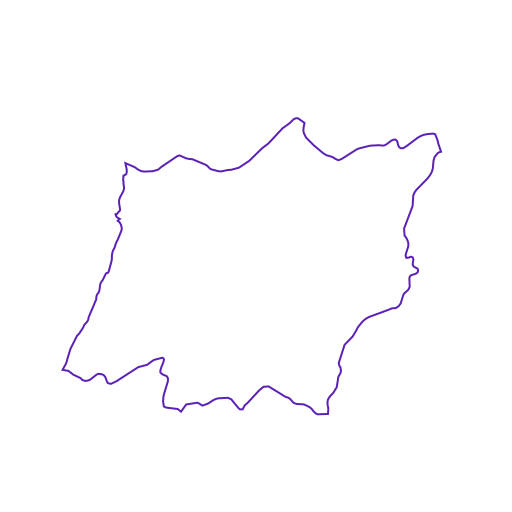 map outline of Huíla (Equal Earth projection), rotated 202°
{"feature_id": "AGO-1891", "entity_name": "Huíla", "entity_type": "Province", "adm_level": 1, "iso_a3": "AGO", "parent_name": "Angola", "parent_adm1": "", "projection": "equal_earth", "projection_center": [15.141, -14.853], "detail": "fine", "context": "isolated", "style": "outline", "palette": "violet", "viewbox_px": 512, "rotation_deg": 202, "n_neighbors": 0, "source": "natural_earth", "source_scale": "10m", "svg_char_len": 3887}
<svg xmlns="http://www.w3.org/2000/svg" viewBox="0 0 512 512"><g transform="rotate(202 256 256)"><path d="M392.7,78.0L391.9,84.6L391.9,87.0L392.3,89.6L393.2,99.9L393.2,101.1L392.1,114.4L392.0,115.1L390.9,117.8L390.7,118.5L390.4,120.4L390.1,121.5L389.5,124.8L389.5,126.9L389.3,128.0L389.1,128.8L388.3,130.7L387.9,132.1L387.8,133.0L387.7,133.9L387.8,134.6L388.1,135.9L388.2,136.4L387.9,156.0L388.8,158.7L388.9,159.5L388.9,161.0L388.7,161.8L388.2,163.0L388.2,164.2L388.4,165.8L389.7,170.9L389.9,172.3L389.8,173.5L389.1,176.4L388.6,183.3L388.4,183.8L388.2,184.1L388.0,184.4L387.6,184.5L387.2,184.8L386.9,185.3L386.8,186.0L386.8,186.7L388.1,197.5L388.5,199.1L389.9,202.8L390.5,205.8L390.6,207.5L390.5,208.6L390.4,209.3L390.3,210.4L390.3,211.8L390.6,214.5L390.6,216.6L390.5,217.7L390.3,219.4L390.3,229.4L390.3,229.7L390.6,230.7L391.2,232.1L393.0,234.5L395.2,236.2L397.4,236.8L396.7,238.6L396.2,239.3L399.0,239.7L399.9,240.1L400.7,240.7L401.5,241.5L401.8,242.2L400.8,242.5L399.9,245.4L399.5,246.2L399.2,247.3L399.5,248.3L402.9,254.0L403.8,256.4L404.1,259.2L403.3,265.9L403.5,268.6L404.1,270.3L406.0,273.5L406.5,274.7L406.7,275.4L407.4,276.3L408.0,277.4L408.4,279.6L408.6,279.9L408.9,280.1L409.0,280.5L408.7,281.3L407.4,282.6L407.0,283.3L407.3,285.4L408.0,287.3L411.9,293.2L401.6,292.9L397.4,291.9L394.6,291.7L391.5,292.3L383.4,296.0L379.1,299.4L377.1,303.2L366.4,319.1L364.5,320.6L357.6,320.4L354.8,320.8L351.2,321.9L336.2,321.7L334.1,321.0L331.2,319.7L330.0,319.6L322.7,320.5L320.1,321.3L314.0,325.4L311.5,326.5L305.0,331.4L297.9,341.7L290.7,358.2L286.6,365.1L279.2,384.4L274.6,391.7L272.2,397.1L270.4,398.8L268.7,399.4L260.9,397.6L259.9,392.5L258.9,389.7L257.7,387.9L253.9,384.5L244.0,380.3L232.0,376.4L227.9,375.8L225.7,376.2L221.6,376.4L219.6,375.9L215.6,375.6L214.0,377.0L212.9,378.1L202.4,392.8L200.8,394.3L191.6,401.0L183.7,404.7L179.6,405.9L178.2,406.8L176.7,408.7L173.8,413.6L171.9,415.5L170.3,416.2L169.1,415.9L167.7,414.8L166.3,412.8L164.5,410.8L162.4,410.1L159.9,411.1L157.5,414.4L150.6,425.9L148.6,428.5L146.1,431.0L142.8,433.2L137.5,435.9L135.4,436.0L131.2,431.5L129.1,428.5L123.5,422.0L125.2,420.6L125.5,420.2L126.1,419.4L127.5,414.6L127.1,410.8L124.9,403.6L124.6,401.1L124.6,398.3L125.3,394.8L126.1,391.9L132.1,377.4L132.8,374.4L132.9,371.2L129.5,360.9L129.0,336.9L125.9,330.6L122.9,328.7L121.1,326.9L119.4,324.7L118.4,321.9L117.9,314.7L117.4,312.3L115.9,310.6L114.0,311.6L112.0,313.4L110.1,313.4L108.7,311.6L108.2,308.9L107.3,306.3L105.5,305.2L101.5,304.8L100.2,303.2L100.1,301.1L101.5,299.1L104.8,296.5L105.6,294.9L105.5,292.9L102.0,285.1L102.0,282.7L102.5,281.0L104.6,276.7L104.8,274.7L104.1,266.1L105.0,262.8L106.7,260.3L108.7,259.1L110.3,258.5L112.1,256.6L128.5,241.7L131.0,238.4L132.6,235.3L134.4,229.7L135.0,227.0L135.2,224.2L136.2,217.7L140.6,206.9L139.2,187.8L137.6,185.5L135.9,184.3L134.2,181.3L133.8,179.1L134.4,174.9L132.0,164.6L133.1,157.9L134.6,154.4L135.0,152.9L135.5,149.7L134.9,147.0L133.7,144.5L132.2,142.4L131.4,140.5L130.1,136.5L139.6,132.3L141.8,132.5L144.6,133.6L146.7,134.9L149.1,135.8L151.9,136.2L156.2,136.3L162.7,134.1L164.9,133.9L166.4,134.0L170.7,136.2L172.9,136.7L176.0,136.5L195.5,139.8L200.1,137.5L202.8,132.4L208.9,116.3L210.3,113.9L210.7,111.8L210.9,108.8L213.6,107.8L214.8,108.2L218.2,110.0L225.3,113.9L228.9,114.0L237.5,110.0L239.6,108.5L241.7,106.2L245.2,101.2L249.6,97.2L253.5,97.9L255.4,98.0L265.1,92.2L267.2,83.6L271.2,84.8L282.6,81.8L285.1,82.0L287.7,86.4L288.8,89.8L289.5,92.7L290.8,107.1L291.9,109.7L293.7,111.1L297.8,111.2L299.6,111.5L301.2,112.4L301.9,114.7L302.1,117.3L302.1,123.1L302.5,125.5L303.4,126.4L304.7,126.6L311.7,121.4L313.2,119.2L316.2,114.3L323.5,108.9L338.5,87.6L342.5,83.2L344.0,82.8L345.8,82.7L347.0,83.6L350.5,87.4L352.6,88.5L354.6,88.6L358.1,87.7L359.4,86.3L363.4,79.3L365.2,77.5L367.6,76.2L370.3,76.0L373.1,77.1L380.8,77.5L384.2,78.5L386.9,79.2L392.7,78.0Z" fill="none" stroke="#5b21b6" stroke-width="2"/></g></svg>